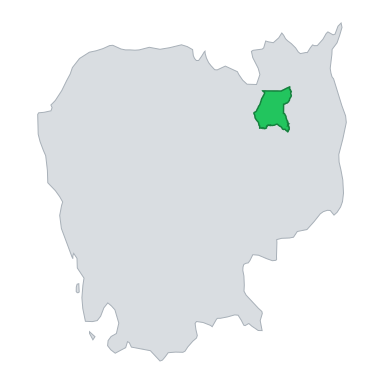 location of Sesan, Stœng Trêng, Cambodia
{"feature_id": "14789045B73389269548404", "entity_name": "Sesan", "entity_type": "district", "adm_level": 2, "iso_a3": "KHM", "parent_name": "Cambodia", "parent_adm1": "Stœng Trêng", "projection": "equal_earth", "projection_center": [106.435, 13.605], "detail": "fine", "context": "in_parent", "style": "filled", "palette": "green", "viewbox_px": 384, "rotation_deg": 0, "n_neighbors": 0, "source": "geoboundaries", "source_scale": "gbopen_adm2", "svg_char_len": 6658}
<svg xmlns="http://www.w3.org/2000/svg" viewBox="0 0 384 384"><path d="M341.1,23.0L342.0,27.4L339.6,35.5L337.0,42.9L332.1,49.4L331.9,54.2L330.2,68.4L330.9,72.9L332.0,76.8L333.6,78.9L337.9,92.8L341.8,105.5L345.6,115.9L346.3,122.5L342.8,139.1L338.8,154.5L339.1,162.1L340.9,169.8L342.8,180.0L343.5,193.1L342.5,201.6L340.6,206.9L337.1,212.3L334.0,215.1L330.3,210.5L327.4,210.3L323.4,211.6L320.3,213.8L314.0,221.7L307.0,229.5L297.3,231.5L293.5,237.2L289.4,238.0L281.7,238.3L276.7,239.6L276.9,242.5L276.5,256.2L276.6,259.4L275.9,260.3L272.4,260.7L266.5,258.6L258.5,255.2L252.8,254.7L249.9,260.6L248.2,262.9L246.0,263.3L243.8,264.4L243.0,267.0L242.8,270.3L243.9,276.0L244.3,285.1L244.0,291.2L246.1,295.1L258.3,308.2L261.9,311.5L262.3,313.5L260.2,320.6L262.1,330.6L258.2,330.5L251.9,326.2L248.8,323.5L245.1,325.6L243.8,325.2L241.3,320.3L238.1,315.2L234.7,314.9L227.6,316.9L220.3,318.3L217.6,318.3L216.5,319.2L212.2,326.7L210.5,325.4L203.1,322.5L196.5,321.5L195.1,323.4L195.9,329.5L197.3,335.5L196.5,338.0L192.8,341.2L187.9,346.8L185.0,351.2L182.9,352.3L175.5,352.1L168.2,352.7L165.2,356.8L162.4,360.1L160.0,361.0L150.4,350.7L131.4,347.1L129.3,342.6L127.5,341.7L125.7,347.6L115.2,353.2L110.8,349.8L107.6,345.7L108.1,340.6L111.1,336.5L116.4,333.5L118.8,323.1L114.9,309.8L111.4,305.9L107.8,302.9L103.9,307.8L100.6,316.3L97.2,320.6L92.4,321.6L85.4,321.3L82.8,308.6L81.9,297.8L82.9,285.4L84.0,278.1L77.3,268.0L77.0,258.4L73.7,253.4L72.8,255.9L72.9,258.7L71.9,256.7L61.4,228.5L59.7,215.4L61.6,205.4L62.7,202.0L59.7,196.7L55.4,190.7L47.8,182.8L47.4,170.4L45.7,155.7L43.5,150.7L40.1,141.7L38.2,134.2L37.7,114.4L38.7,112.8L44.1,112.3L51.0,110.8L52.1,107.6L50.9,105.0L55.3,100.5L61.7,90.7L66.7,80.5L70.2,74.0L72.4,67.6L79.5,58.5L89.4,52.2L96.0,50.8L103.0,48.6L109.6,45.6L112.8,45.3L121.0,49.0L125.4,49.9L130.1,49.9L135.0,50.2L139.2,49.9L149.3,47.3L160.0,49.3L169.6,47.7L181.5,44.8L187.3,46.6L192.6,49.6L193.3,55.6L194.5,58.4L196.3,60.5L198.6,60.5L201.6,56.3L204.2,52.0L205.0,51.2L205.1,53.3L206.4,58.0L208.6,62.6L210.9,65.6L214.7,69.7L217.2,69.9L225.3,66.1L237.4,71.7L238.8,74.5L242.7,80.2L247.0,84.2L256.5,84.5L259.9,74.5L258.2,68.3L252.8,57.7L251.4,51.4L253.1,50.3L262.2,49.1L263.7,47.9L265.7,41.0L268.2,41.8L273.3,42.7L278.7,37.9L281.8,33.0L283.6,35.2L285.5,38.7L287.5,40.7L291.4,43.7L295.6,47.9L298.3,52.0L300.4,53.6L305.8,52.5L307.3,52.6L310.4,47.7L312.6,44.9L314.5,45.7L317.3,45.6L322.9,39.3L326.2,33.5L327.9,31.9L333.0,34.8L335.0,34.2L338.0,26.2L341.1,23.0ZM79.2,292.0L78.2,292.7L77.2,292.7L76.2,291.5L76.3,287.0L77.1,284.2L78.8,283.7L79.2,292.0ZM95.0,336.7L92.9,339.8L89.5,333.4L89.5,331.7L95.0,336.7Z" fill="#d9dde1" stroke="#a8b0b8" stroke-width="1"/><path d="M272.0,125.5L273.5,125.3L274.2,125.2L274.6,125.1L275.2,124.8L275.6,124.6L276.2,124.3L277.0,124.1L277.5,124.4L279.0,125.6L279.4,125.9L279.8,126.2L280.4,126.4L280.8,126.7L281.2,127.0L281.6,127.5L282.2,128.4L282.3,128.6L282.4,128.9L282.5,129.0L282.8,129.1L283.0,129.3L283.5,129.4L283.7,129.5L284.0,129.4L284.4,129.3L284.6,129.3L284.9,129.3L285.1,129.3L285.4,129.7L285.9,130.3L286.0,130.5L286.5,130.7L287.0,131.1L287.2,131.3L287.6,131.8L287.8,131.8L287.9,131.7L288.0,131.6L288.1,131.4L288.2,131.2L288.1,130.9L288.2,130.7L288.1,130.4L288.2,130.2L288.3,130.0L288.5,130.0L288.7,129.8L288.8,129.9L289.1,129.7L289.0,129.4L289.1,129.2L289.2,128.8L289.2,128.7L289.2,128.3L289.1,128.1L289.1,127.9L289.2,127.7L288.9,127.4L288.8,127.0L288.8,126.9L288.8,126.7L288.9,126.4L288.7,126.2L288.7,126.3L288.4,126.2L288.3,125.9L288.2,125.9L288.2,125.7L287.9,125.7L288.0,125.6L287.9,125.4L287.9,125.2L287.8,124.9L288.0,124.9L288.0,124.7L288.2,124.4L288.3,124.4L288.2,124.2L288.3,124.2L288.5,124.0L288.4,124.0L288.3,123.9L288.3,123.7L288.2,123.5L288.3,123.4L288.3,123.2L288.2,123.0L288.1,122.9L287.9,122.8L287.9,122.6L287.7,122.5L287.7,122.4L287.6,122.5L287.5,122.4L287.7,122.2L287.5,121.9L287.4,121.8L287.4,121.7L287.5,121.5L287.3,121.0L287.0,120.2L286.9,120.1L286.8,119.9L286.7,119.8L286.5,119.0L286.3,118.4L286.1,118.0L286.0,117.4L286.1,117.2L285.9,116.3L285.8,116.0L285.4,115.4L285.2,115.2L285.1,114.9L284.9,114.3L284.8,114.1L284.4,113.7L284.2,113.5L284.0,113.4L283.5,113.4L283.6,104.2L284.2,104.2L284.4,104.1L284.6,104.0L284.9,104.0L285.0,103.9L285.6,103.4L285.8,103.3L286.0,103.2L286.7,103.2L286.8,103.2L287.0,102.8L287.5,102.7L287.8,102.4L288.0,102.1L288.2,101.9L288.5,101.8L288.6,101.6L288.7,101.4L288.8,101.0L289.3,100.5L289.4,100.3L289.5,99.6L289.6,99.3L289.6,99.2L289.7,98.6L289.8,98.5L289.9,98.4L290.1,98.2L290.3,97.6L290.7,97.2L290.9,96.8L291.2,96.2L291.3,95.6L291.2,95.4L291.1,95.0L291.1,94.7L290.8,94.0L290.7,93.8L290.7,93.5L290.7,93.2L290.7,92.9L291.0,92.2L291.3,91.8L291.3,91.7L291.1,91.4L291.1,91.2L290.9,91.0L290.7,91.1L290.6,90.9L290.5,90.7L290.5,90.4L290.4,90.2L290.5,90.1L290.4,89.8L290.3,89.6L290.0,89.6L290.0,89.3L289.9,89.3L289.6,89.1L289.5,88.9L289.4,88.4L289.5,88.1L289.8,87.2L289.7,86.9L288.3,87.5L288.1,87.6L286.7,88.2L286.1,88.5L285.7,88.8L285.2,89.0L284.9,89.1L284.1,89.6L282.5,90.3L282.2,90.4L281.5,91.0L262.8,90.9L263.0,91.2L263.1,91.4L263.3,91.5L263.8,91.7L263.9,91.8L264.1,92.0L264.4,92.4L264.5,92.6L264.7,92.9L264.6,93.1L264.3,94.0L263.9,94.7L263.8,95.0L263.7,95.2L263.4,95.5L263.2,96.1L262.3,97.8L262.0,98.1L261.8,98.5L261.4,99.6L261.2,100.3L261.1,100.9L260.8,101.6L260.7,102.0L260.5,102.6L260.3,103.2L260.1,103.9L260.0,104.1L259.8,104.5L259.5,105.2L259.1,105.7L258.7,106.1L258.5,106.5L258.3,107.1L258.2,107.4L258.1,107.7L258.0,108.0L257.8,108.2L257.7,108.3L257.5,108.7L257.4,108.9L257.3,109.1L257.1,109.4L257.0,109.6L256.9,109.9L256.8,110.2L256.6,110.7L256.5,110.9L256.0,111.5L255.6,111.8L255.4,112.0L254.7,112.2L254.4,112.4L254.1,112.6L254.0,112.8L253.9,113.2L254.0,113.7L254.1,113.9L254.2,114.2L254.5,114.6L254.7,115.1L254.9,115.9L254.9,116.5L255.0,116.9L255.0,117.4L255.4,118.5L255.8,119.0L256.0,119.3L256.3,119.8L257.1,120.8L257.6,121.4L258.3,122.2L258.4,122.4L258.6,123.2L258.8,124.2L259.1,125.5L259.3,125.7L259.5,125.7L259.6,125.8L259.7,126.2L259.7,126.7L259.7,128.1L259.8,128.1L260.0,128.1L260.3,128.0L260.3,127.9L260.5,127.9L260.6,128.0L260.8,128.0L261.0,128.1L261.4,128.2L261.5,128.1L261.7,127.9L261.8,127.9L261.9,128.0L262.0,128.0L262.1,127.9L262.4,127.9L262.5,128.0L262.5,127.9L262.9,128.1L263.0,128.1L263.3,128.0L263.4,127.9L263.6,128.0L263.8,128.1L264.0,128.2L264.0,128.3L264.4,128.6L264.5,128.5L264.5,128.4L264.8,128.4L265.0,128.4L265.3,128.5L265.7,128.4L266.5,127.9L266.5,127.7L266.5,127.0L266.5,126.7L266.6,126.4L266.9,125.9L267.3,126.1L267.8,125.5L268.1,125.0L268.4,125.2L268.7,125.1L269.0,125.3L269.4,125.2L269.9,125.5L270.0,125.1L270.2,124.9L270.4,124.9L270.5,124.9L270.6,125.0L271.0,125.3L271.4,125.4L272.0,125.5Z" fill="#22c55e" stroke="#15803d" stroke-width="1.5"/></svg>